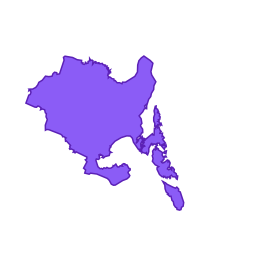 outline of Albay, Albay, Philippines, rotated 47°
{"feature_id": "2640588B82697045094820", "entity_name": "Albay", "entity_type": "district", "adm_level": 2, "iso_a3": "PHL", "parent_name": "Philippines", "parent_adm1": "Albay", "projection": "robinson", "projection_center": [123.87, 13.255], "detail": "fine", "context": "isolated", "style": "filled", "palette": "violet", "viewbox_px": 256, "rotation_deg": 47, "n_neighbors": 0, "source": "geoboundaries", "source_scale": "gbopen_adm2", "svg_char_len": 5954}
<svg xmlns="http://www.w3.org/2000/svg" viewBox="0 0 256 256"><g transform="rotate(47 128 128)"><path d="M97.6,65.6L93.8,65.7L86.2,67.3L85.8,70.5L86.2,74.1L88.5,77.9L93.5,82.9L94.9,87.8L92.8,98.6L90.8,100.7L91.5,102.2L89.1,103.3L87.5,105.1L84.6,105.0L84.0,105.8L82.5,104.9L80.9,106.1L78.8,106.3L77.9,106.9L77.9,108.1L76.8,107.0L75.7,107.0L74.9,105.7L75.5,105.3L75.1,104.4L75.7,103.0L74.9,102.4L74.0,103.7L73.4,101.6L72.9,103.3L71.4,102.0L71.3,103.1L69.9,102.8L70.0,101.5L68.8,102.0L68.4,101.1L67.0,102.5L66.5,101.7L64.6,103.1L63.3,102.7L61.8,104.8L61.0,104.6L60.6,105.6L60.1,105.2L58.7,107.2L57.9,106.3L56.9,106.8L57.3,110.4L55.1,107.8L53.8,108.0L53.2,109.1L51.1,108.7L52.7,110.2L52.1,111.8L53.3,112.8L52.5,114.5L50.4,114.0L51.8,115.2L51.6,116.7L50.0,117.4L49.6,116.6L48.5,117.5L46.9,115.8L43.4,118.6L38.7,120.4L32.5,125.1L32.3,127.0L34.8,128.5L41.7,141.1L40.4,143.3L38.9,142.4L37.1,143.7L37.1,145.7L38.3,148.3L36.4,150.9L33.8,153.0L34.6,158.0L33.8,162.1L34.9,164.5L35.4,167.8L34.5,171.2L32.2,173.8L32.8,173.8L32.4,174.1L32.9,174.8L32.9,174.1L33.4,174.6L34.4,173.9L35.8,174.7L36.8,176.7L36.3,178.1L40.2,185.7L49.1,181.9L50.4,180.8L50.5,178.9L51.4,178.3L53.9,177.8L55.0,179.5L55.6,177.8L57.8,176.5L60.5,178.1L61.8,177.9L63.9,180.3L66.8,181.3L69.5,186.5L73.3,189.9L73.7,188.4L75.3,187.0L86.7,181.5L88.6,181.2L89.8,181.8L90.5,180.9L93.0,180.1L92.9,181.1L95.1,182.7L95.5,181.9L101.5,181.9L101.6,183.0L102.6,183.4L103.1,184.9L104.0,185.0L104.6,183.8L107.5,182.7L108.3,184.5L108.9,183.5L109.6,183.9L110.3,183.3L110.0,182.2L121.2,177.9L122.5,179.3L122.1,180.9L124.7,181.1L127.1,187.9L129.8,187.6L131.5,190.4L135.3,187.9L135.5,186.2L140.4,182.2L150.8,177.5L153.5,177.4L157.7,178.5L159.9,177.7L161.1,176.2L162.8,167.7L164.5,163.5L164.6,160.7L164.0,159.1L160.7,158.5L160.1,157.3L160.2,155.0L159.1,154.2L158.2,154.9L154.3,153.9L152.9,155.2L152.1,154.7L151.1,155.5L150.7,157.3L151.4,157.8L150.9,158.6L151.5,158.5L150.3,159.5L150.3,161.3L149.2,162.2L146.1,161.5L146.1,164.1L145.3,164.5L146.1,165.6L145.6,168.0L144.3,169.6L142.4,170.3L142.4,171.7L140.7,172.7L140.7,174.6L139.5,174.9L138.7,176.2L135.8,176.4L129.7,173.5L129.1,172.3L130.8,171.1L131.0,169.6L128.0,167.6L129.1,166.8L128.3,166.7L128.2,166.3L131.1,165.3L132.0,166.3L132.4,166.2L132.5,166.0L132.1,166.9L133.2,166.4L133.2,164.4L135.3,160.5L133.7,157.9L134.5,156.8L132.0,157.3L130.3,155.3L130.3,153.8L130.0,153.3L129.9,153.8L129.2,153.4L129.8,153.1L129.2,151.9L128.8,146.5L130.4,139.5L132.9,134.3L135.5,131.8L138.5,131.8L142.1,133.7L150.8,135.0L151.3,134.2L152.1,134.5L152.0,131.4L151.6,130.9L151.4,131.6L150.3,131.2L148.1,129.4L147.4,127.2L148.4,127.4L148.6,126.8L147.2,126.3L147.2,125.4L144.0,125.1L143.3,128.3L144.1,128.7L144.6,130.1L144.7,132.7L143.8,130.0L142.2,129.5L141.4,128.1L141.6,125.8L142.6,125.2L141.6,124.6L142.3,124.2L141.1,122.0L140.8,120.9L141.3,120.5L141.7,121.2L141.3,120.2L138.8,118.1L135.3,117.5L134.4,116.7L134.1,114.7L130.2,112.1L126.7,111.6L126.2,106.1L125.2,103.4L125.5,102.0L123.2,100.8L123.3,97.9L126.2,101.0L125.7,101.8L126.6,101.2L124.4,99.1L121.1,93.3L120.5,89.9L118.6,87.2L117.4,83.0L114.8,80.3L113.2,76.1L105.4,74.5L102.4,72.8L97.6,65.6ZM174.2,119.4L173.0,122.0L171.0,121.5L170.0,120.0L168.9,119.6L164.6,120.7L164.0,120.0L161.6,120.6L160.7,119.6L160.2,120.6L161.5,121.8L162.8,121.7L162.8,122.9L161.2,123.3L161.7,125.8L164.3,127.6L164.7,129.1L167.5,130.6L169.0,132.9L173.4,133.2L177.2,131.9L176.9,133.9L178.1,135.0L183.5,136.7L187.0,136.3L187.5,135.0L188.3,135.5L188.5,134.2L188.7,134.3L188.6,135.0L188.8,134.2L190.3,134.3L190.5,133.1L191.2,133.4L190.9,132.6L191.9,131.4L193.6,131.7L193.5,130.8L191.9,130.4L192.2,128.4L193.9,128.7L196.3,126.6L198.0,127.3L199.1,127.0L197.0,124.4L196.0,125.0L194.3,123.9L191.5,124.4L189.9,122.4L187.3,122.2L186.3,122.8L188.5,124.7L186.8,124.7L186.4,126.7L184.8,127.1L184.2,125.5L185.3,124.4L184.6,124.6L182.3,121.0L181.5,121.2L180.7,120.4L179.9,120.5L179.9,121.3L179.3,120.5L178.7,120.8L179.2,121.0L178.2,122.0L177.9,125.2L177.3,126.4L176.1,126.9L175.4,126.3L176.0,125.9L175.4,126.1L175.9,124.9L175.2,124.3L175.5,123.2L173.9,121.5L175.3,119.7L174.2,119.4ZM151.3,129.3L151.5,128.1L151.6,129.3L152.0,128.0L152.7,128.1L152.1,129.9L153.3,133.6L152.8,135.1L153.8,134.9L153.5,134.0L154.2,133.6L155.7,134.8L155.8,133.9L158.4,132.5L158.5,131.4L159.8,132.2L161.0,132.0L159.5,129.0L157.0,126.5L155.4,121.8L156.2,122.0L156.1,121.2L157.5,121.5L157.3,119.8L158.7,119.2L159.1,117.0L160.5,115.4L162.2,116.3L163.2,115.3L164.6,110.9L159.8,110.4L159.9,108.2L158.1,107.9L157.5,108.9L155.3,106.3L153.6,108.3L152.9,107.1L153.1,106.1L150.9,106.0L148.5,104.7L148.3,105.5L148.1,105.0L147.4,105.5L147.3,105.3L147.1,105.4L147.2,106.1L146.1,107.5L147.3,108.3L146.3,109.0L150.9,113.7L150.1,114.5L148.8,114.1L148.3,122.5L146.1,123.7L147.7,124.5L147.3,123.7L148.5,124.1L147.9,125.3L149.6,126.1L150.0,128.2L149.6,128.7L151.1,131.2L150.5,129.1L151.3,129.3ZM207.3,132.6L204.5,132.6L204.4,134.3L202.1,135.4L195.8,137.8L193.5,138.0L192.3,138.7L191.7,138.6L190.7,139.0L194.8,140.0L197.7,142.3L200.8,143.7L203.6,143.3L204.3,143.9L203.9,144.3L206.5,144.1L207.2,143.1L210.9,145.2L212.7,145.1L215.6,146.9L218.3,147.3L219.6,146.8L221.0,147.7L223.2,146.3L223.8,144.9L222.5,142.9L222.8,141.0L220.5,138.1L210.4,133.4L208.4,134.0L207.3,132.6ZM131.1,92.4L130.7,93.2L133.3,97.3L136.2,99.1L137.8,102.0L140.4,104.4L143.0,105.3L144.8,107.2L146.3,105.7L146.0,105.0L146.6,104.3L146.0,103.9L146.7,103.5L146.6,102.7L148.0,102.7L147.5,101.9L148.7,101.4L146.8,100.5L145.9,101.9L144.9,101.1L143.6,101.6L143.9,100.3L142.7,100.1L143.3,98.8L141.8,96.9L140.6,97.0L139.7,95.5L138.2,95.2L136.9,96.0L136.5,95.4L136.9,94.5L134.4,93.6L132.8,94.2L131.1,92.4ZM166.3,111.7L164.7,113.3L165.5,113.3L164.3,114.4L164.0,115.8L168.4,116.0L167.3,114.0L167.8,112.8L166.3,111.7ZM170.9,115.5L170.4,116.4L170.1,119.0L172.7,117.9L170.9,115.5ZM143.9,123.4L144.0,124.9L144.0,124.4L144.3,125.0L145.6,124.3L143.9,123.4ZM160.8,118.3L160.2,118.1L160.4,119.3L160.8,118.3Z" fill="#8b5cf6" stroke="#5b21b6" stroke-width="1.5"/></g></svg>